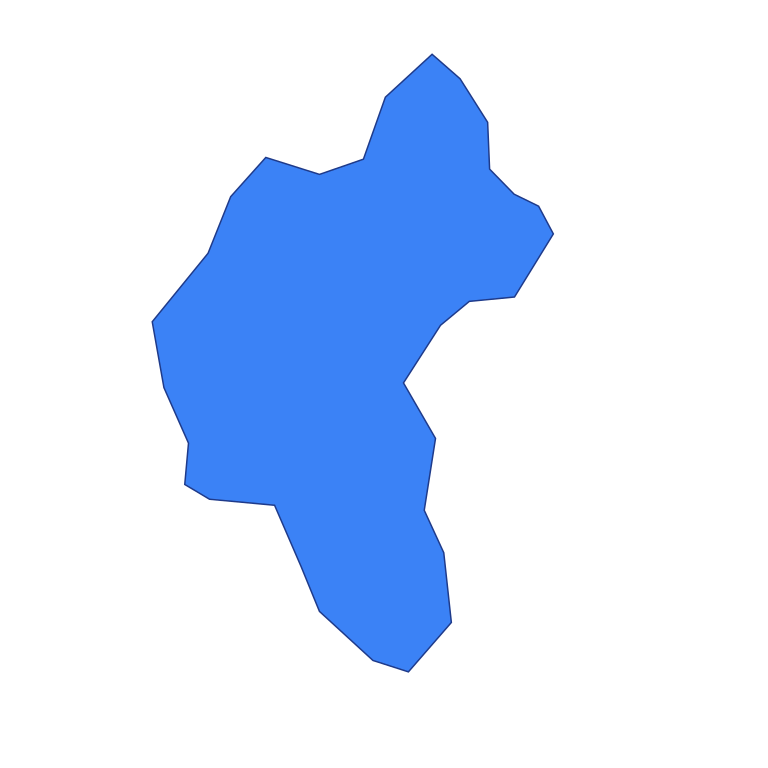 the border of Selebi-Phikwe, rotated 150°
{"feature_id": "BWA-5504", "entity_name": "Selebi-Phikwe", "entity_type": "Town", "adm_level": 1, "iso_a3": "BWA", "parent_name": "Botswana", "parent_adm1": "", "projection": "robinson", "projection_center": [27.845, -21.959], "detail": "fine", "context": "isolated", "style": "filled", "palette": "blue", "viewbox_px": 768, "rotation_deg": 150, "n_neighbors": 0, "source": "natural_earth", "source_scale": "10m", "svg_char_len": 555}
<svg xmlns="http://www.w3.org/2000/svg" viewBox="0 0 768 768"><g transform="rotate(150 384 384)"><path d="M506.8,122.5L531.8,150.1L553.6,219.3L547.1,267.1L539.4,333.7L592.7,371.4L606.8,396.6L582.9,430.5L576.4,490.9L553.6,553.8L471.0,585.2L423.1,622.9L373.1,639.3L335.1,597.8L289.4,589.0L239.4,631.7L177.5,645.5L165.5,610.3L163.4,558.8L185.1,517.3L176.4,483.3L161.2,460.7L162.3,429.3L227.5,394.1L268.8,412.9L305.7,406.6L366.6,375.2L366.6,311.1L412.3,254.5L416.6,208.0L444.9,143.8L506.8,122.5Z" fill="#3b82f6" stroke="#1e3a8a" stroke-width="1.5"/></g></svg>